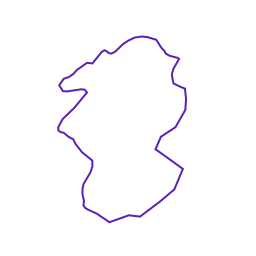 Skrundas, Equal Earth projection, rotated 143°
{"feature_id": "LVA-5712", "entity_name": "Skrundas", "entity_type": "Municipality", "adm_level": 1, "iso_a3": "LVA", "parent_name": "Latvia", "parent_adm1": "", "projection": "equal_earth", "projection_center": [21.983, 56.664], "detail": "fine", "context": "isolated", "style": "outline", "palette": "violet", "viewbox_px": 256, "rotation_deg": 143, "n_neighbors": 0, "source": "natural_earth", "source_scale": "10m", "svg_char_len": 967}
<svg xmlns="http://www.w3.org/2000/svg" viewBox="0 0 256 256"><g transform="rotate(143 128 128)"><path d="M81.4,198.0L75.2,197.6L68.2,196.2L62.2,192.9L58.0,189.2L52.3,181.4L53.1,172.1L52.5,167.2L53.1,164.6L51.2,160.5L46.1,154.1L45.7,152.4L56.2,147.9L60.5,144.6L63.2,140.0L64.8,136.1L61.1,128.9L58.8,125.2L64.2,116.2L71.4,107.9L89.6,100.1L107.0,101.2L118.8,94.5L108.8,62.3L127.9,51.1L147.1,50.0L171.7,50.0L179.9,57.8L199.6,64.0L204.4,78.2L209.0,86.8L210.3,89.9L210.2,92.9L207.0,96.4L204.2,102.5L201.4,106.3L197.1,110.1L184.9,115.1L179.6,118.6L176.1,123.5L179.3,136.3L179.5,146.5L178.5,152.4L179.8,154.4L180.9,157.2L182.2,162.8L184.1,165.1L185.2,167.8L183.3,170.6L174.8,174.5L159.0,176.4L139.4,181.0L139.5,184.7L142.1,187.1L154.5,193.8L157.8,196.6L157.2,203.5L149.8,206.0L144.5,204.3L138.7,204.1L134.0,205.1L121.5,204.7L117.6,201.0L103.1,204.6L99.8,204.1L98.9,202.1L98.2,199.4L96.6,197.4L92.3,196.7L81.4,198.0Z" fill="none" stroke="#5b21b6" stroke-width="2"/></g></svg>